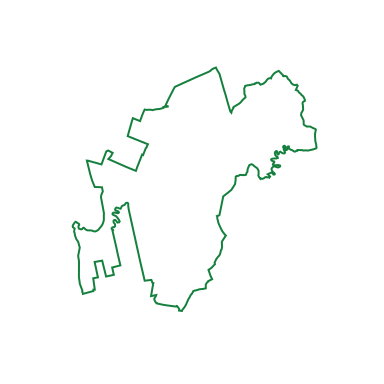 Turulung, Satu Mare, Romania (orthographic projection), rotated 338°
{"feature_id": "2599482B56288679911184", "entity_name": "Turulung", "entity_type": "district", "adm_level": 2, "iso_a3": "ROU", "parent_name": "Romania", "parent_adm1": "Satu Mare", "projection": "orthographic", "projection_center": [23.099, 47.923], "detail": "fine", "context": "isolated", "style": "outline", "palette": "green", "viewbox_px": 384, "rotation_deg": 338, "n_neighbors": 0, "source": "geoboundaries", "source_scale": "gbopen_adm2", "svg_char_len": 6083}
<svg xmlns="http://www.w3.org/2000/svg" viewBox="0 0 384 384"><g transform="rotate(338 192 192)"><path d="M135.6,297.1L138.0,298.5L138.2,298.1L142.0,295.9L144.1,294.3L148.2,290.3L150.6,288.5L152.2,287.0L153.3,286.6L155.5,285.0L155.9,284.4L156.6,284.3L158.9,284.7L162.5,285.0L166.3,286.1L168.7,286.5L170.0,283.1L171.9,281.6L173.4,281.2L173.5,280.8L173.8,280.7L178.0,280.4L177.8,276.2L178.1,270.4L181.6,269.6L186.3,267.5L186.5,265.9L189.4,263.3L192.3,261.6L193.2,261.3L194.7,260.1L196.0,258.4L196.9,256.9L197.9,256.4L199.4,253.9L200.8,249.9L201.0,249.5L201.7,248.8L207.1,245.0L206.7,244.4L205.4,239.8L205.0,235.0L204.9,230.3L205.3,228.7L205.4,226.7L206.2,224.1L206.1,223.6L206.5,223.5L208.0,223.9L208.8,223.7L219.3,207.8L229.3,204.8L234.9,200.8L236.7,197.6L238.3,194.2L239.6,193.9L240.0,194.2L241.2,194.4L242.7,194.1L243.4,194.3L245.1,195.3L246.2,195.5L247.1,196.1L248.3,196.3L248.9,195.9L249.5,194.9L250.9,194.0L251.3,193.5L251.5,192.7L252.6,191.1L255.2,188.6L257.5,188.5L258.6,189.6L259.0,190.6L261.4,194.5L261.7,197.2L260.6,200.0L259.7,201.6L259.7,202.5L259.8,203.4L260.3,205.3L260.8,204.9L261.5,205.9L262.5,206.2L263.8,206.2L265.0,205.8L266.2,205.8L266.8,206.1L267.1,206.6L268.6,207.0L269.1,207.7L270.2,206.9L269.4,205.3L269.3,204.6L268.9,203.9L272.5,203.7L273.3,203.9L274.0,206.2L274.4,206.6L275.3,206.6L275.6,206.3L275.5,205.8L275.0,204.5L274.5,203.7L274.2,202.4L274.2,201.3L274.4,200.4L274.7,199.9L276.8,198.9L277.5,198.9L278.2,199.2L280.0,200.8L281.1,201.5L282.0,201.6L283.1,201.4L283.5,201.0L283.5,200.4L282.6,199.8L282.4,199.5L277.9,197.9L277.4,197.3L277.3,197.1L277.5,196.4L279.2,195.5L279.6,195.0L279.6,194.5L279.1,194.0L278.3,193.6L277.8,192.9L277.5,192.1L277.5,191.6L277.7,191.4L278.7,191.2L280.5,191.6L283.0,192.6L283.7,192.5L284.1,192.1L284.4,192.3L284.5,191.9L283.4,190.1L283.1,189.2L283.3,187.1L284.1,186.0L285.5,185.6L286.0,186.1L286.0,186.5L285.5,187.5L285.4,188.5L285.6,189.3L285.8,189.4L286.1,189.5L286.6,189.3L287.9,187.8L288.6,187.7L289.1,187.8L289.5,188.6L290.1,189.5L291.4,190.6L292.3,190.8L293.0,190.4L293.2,189.5L293.0,188.7L293.0,187.1L293.4,186.1L293.3,184.7L293.4,184.3L294.1,183.7L294.9,183.7L295.3,184.0L295.3,184.7L295.2,185.3L294.0,187.3L294.2,187.7L295.2,188.5L295.9,188.4L296.2,188.3L296.6,186.8L297.1,186.0L297.4,185.8L298.4,185.8L298.8,186.0L298.9,186.5L298.0,187.2L297.9,187.8L299.5,189.9L300.2,190.4L302.2,193.0L303.3,193.2L304.8,192.7L305.2,193.2L305.9,192.7L310.1,194.6L310.6,195.2L313.6,196.2L314.9,197.0L320.5,197.9L323.6,198.0L324.3,197.1L324.4,196.1L324.8,194.9L325.1,193.7L325.1,192.6L325.6,190.6L325.7,190.1L326.1,189.0L326.9,186.4L327.5,185.3L327.6,184.3L328.2,183.7L329.0,182.3L330.2,180.7L330.1,180.1L329.8,179.6L328.1,178.0L326.6,176.1L326.0,175.5L322.9,174.3L321.1,171.9L320.9,171.2L322.3,167.4L321.9,161.6L323.0,159.7L325.8,157.5L327.4,152.9L327.5,151.7L327.7,151.2L328.6,150.1L330.8,149.8L331.2,148.6L331.1,145.9L330.6,144.2L329.9,143.2L329.5,141.6L328.6,140.0L328.3,139.1L328.3,138.3L328.1,137.8L326.5,136.3L329.8,133.1L329.4,131.8L328.0,131.6L327.1,131.3L325.6,129.8L324.9,128.3L324.4,125.0L323.6,123.7L323.4,123.0L323.1,120.4L321.8,119.3L320.1,118.9L320.0,118.7L320.4,118.5L317.8,112.2L315.2,112.3L313.0,112.7L311.2,113.5L309.2,114.8L308.4,115.5L307.9,116.3L306.9,115.6L304.6,115.5L301.1,117.6L300.0,117.8L299.1,118.3L295.8,118.2L295.4,117.6L295.4,117.0L295.1,116.3L294.7,115.7L293.0,114.9L292.4,114.9L291.7,115.2L291.3,114.9L290.5,115.4L288.3,114.8L286.8,114.7L282.4,113.7L281.0,113.6L280.3,114.6L279.3,115.4L279.1,115.8L278.1,118.8L277.5,120.3L277.3,120.9L277.5,122.5L277.1,124.2L276.9,124.4L275.0,125.0L272.4,126.1L271.8,126.6L269.1,127.7L262.3,128.8L261.9,129.0L261.8,129.7L259.4,131.5L258.2,133.2L257.7,131.8L258.6,122.4L259.6,113.7L259.9,109.6L261.7,92.9L260.8,87.0L260.8,85.6L259.0,85.5L256.5,85.7L254.6,86.5L252.8,86.8L239.6,87.1L215.6,88.1L214.2,89.1L205.1,97.0L199.5,102.2L201.0,102.9L202.3,104.0L197.3,102.5L197.1,103.3L194.8,103.1L192.6,102.8L191.3,102.3L188.0,101.5L186.3,101.4L184.0,100.0L180.3,98.7L179.0,97.8L176.3,100.3L170.4,106.8L164.8,101.4L163.0,103.6L153.3,116.1L169.0,131.2L166.2,133.9L165.6,134.0L160.5,139.4L159.8,138.6L150.5,148.4L147.9,151.4L140.5,144.2L126.8,130.1L130.3,128.4L133.1,126.0L129.8,122.1L127.7,122.3L118.4,132.5L107.3,124.0L106.3,123.5L104.3,137.3L103.7,144.0L103.7,150.9L110.3,153.9L109.5,158.1L106.9,160.6L105.7,162.6L102.4,178.7L101.2,181.3L100.1,184.2L99.3,185.7L97.8,187.5L96.5,188.8L95.5,189.5L90.8,192.1L88.3,192.4L87.2,192.2L86.3,191.7L85.0,190.5L83.8,189.7L80.7,188.4L79.3,186.9L78.4,184.7L78.0,184.5L77.5,184.5L76.3,185.2L75.2,185.1L73.5,183.7L73.4,182.7L73.9,181.2L75.0,180.3L75.3,179.6L75.1,178.8L74.2,178.0L73.6,176.7L72.5,175.5L72.6,175.9L69.5,177.9L68.6,178.9L68.4,180.0L69.5,181.8L67.8,184.7L67.8,186.3L67.4,187.5L67.2,188.8L67.1,192.4L67.8,195.5L67.1,201.5L62.5,208.6L61.3,213.8L55.3,228.5L53.6,235.2L53.4,242.6L52.8,243.4L52.9,245.4L52.8,245.6L63.5,246.9L64.0,245.6L65.3,246.1L68.1,235.0L72.8,235.9L75.5,220.4L83.0,222.0L80.7,238.2L88.5,239.5L89.7,232.1L98.1,233.2L99.9,221.6L101.2,214.3L103.8,197.9L104.5,198.0L104.6,197.9L104.5,197.2L104.0,196.9L103.8,196.3L103.7,195.9L103.9,195.5L105.0,195.0L106.7,195.3L107.4,195.2L107.9,194.9L108.5,193.2L108.5,192.7L108.0,191.1L108.0,190.6L108.2,189.9L108.7,189.1L109.0,188.9L110.2,189.1L110.5,189.5L111.0,190.6L111.1,191.7L111.4,192.4L113.0,192.8L113.9,192.2L113.8,190.3L113.2,187.7L112.4,185.7L110.6,184.0L110.3,183.5L110.0,182.9L110.2,182.3L110.6,181.9L111.4,181.7L113.4,182.6L115.3,183.9L116.0,183.9L116.6,183.6L116.6,183.2L116.4,182.6L116.0,181.9L114.1,180.3L114.1,179.5L114.9,178.5L116.0,178.1L117.2,178.8L119.2,180.7L119.6,180.7L120.2,180.3L121.2,179.2L121.8,178.8L123.0,178.6L124.5,178.8L126.6,177.5L127.8,177.6L128.3,178.1L128.5,178.5L128.5,179.1L127.7,180.8L126.8,184.4L118.1,236.0L114.9,256.5L121.4,258.3L121.3,262.0L121.9,262.1L115.0,273.2L120.2,274.1L119.3,275.1L117.2,276.7L116.9,277.0L116.8,278.6L116.9,280.0L117.3,281.5L117.7,281.7L117.6,282.1L123.5,286.1L131.8,290.9L134.5,292.3L135.1,291.9L135.3,292.0L135.8,293.4L136.2,295.5L136.2,296.4L135.6,297.1Z" fill="none" stroke="#15803d" stroke-width="2"/></g></svg>